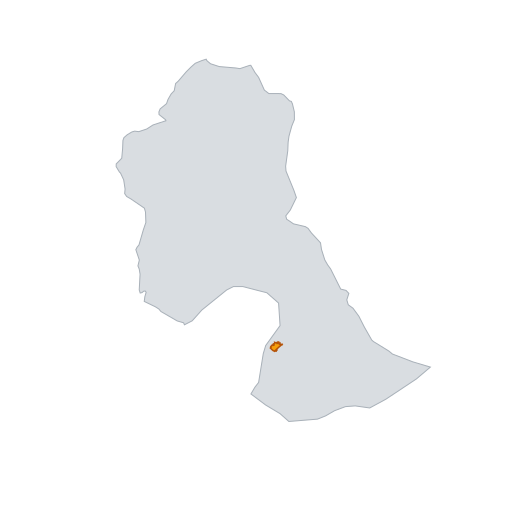 Ķūļciema pag., Talsi, Latvia (highlighted), rotated 235°
{"feature_id": "27541924B13857395207606", "entity_name": "Ķūļciema pag.", "entity_type": "district", "adm_level": 2, "iso_a3": "LVA", "parent_name": "Latvia", "parent_adm1": "Talsi", "projection": "mercator", "projection_center": [23.02, 57.24], "detail": "fine", "context": "in_parent", "style": "filled", "palette": "amber", "viewbox_px": 512, "rotation_deg": 235, "n_neighbors": 0, "source": "geoboundaries", "source_scale": "gbopen_adm2", "svg_char_len": 3762}
<svg xmlns="http://www.w3.org/2000/svg" viewBox="0 0 512 512"><g transform="rotate(235 256 256)"><path d="M362.4,373.6L359.7,373.1L352.1,370.1L345.7,365.7L341.9,359.8L335.2,351.7L330.8,347.6L324.0,342.4L312.6,331.8L308.4,329.3L288.1,324.7L280.7,322.6L274.0,310.5L271.8,303.4L268.5,302.2L264.8,303.7L260.9,305.1L251.7,313.3L248.8,314.5L243.1,314.6L229.8,316.4L223.8,313.4L213.3,310.1L207.6,309.6L202.6,309.7L180.3,306.4L176.2,310.0L172.1,310.6L168.0,305.2L163.1,303.6L157.6,305.5L147.6,305.7L135.7,304.0L120.7,302.6L118.4,303.2L101.7,310.4L97.5,311.5L79.4,323.7L65.0,335.1L63.3,316.9L64.2,280.3L66.3,262.0L76.3,251.3L81.3,242.9L84.2,231.7L85.1,221.4L87.1,212.8L101.6,188.0L113.0,185.3L128.5,178.4L145.9,172.7L149.2,180.0L150.9,185.6L171.8,205.9L177.1,212.6L185.2,235.8L204.5,247.5L219.7,243.8L226.3,238.1L238.5,227.7L243.9,220.0L245.0,212.5L242.8,180.6L239.5,166.6L240.7,157.9L242.8,158.4L248.0,154.2L265.0,146.3L268.4,146.0L272.2,144.4L282.9,138.4L286.4,141.6L289.3,145.2L290.8,145.2L291.6,143.9L291.4,141.6L292.1,139.9L295.2,140.9L307.6,150.6L312.4,152.9L315.6,153.6L319.6,158.1L330.1,161.2L331.4,163.6L332.2,166.5L342.1,178.8L346.6,185.0L355.4,190.7L359.2,192.0L374.6,186.2L378.9,184.2L382.4,184.2L386.0,187.2L394.3,191.3L401.7,192.6L403.1,192.3L409.4,192.7L411.6,194.3L413.1,202.1L420.3,208.2L427.0,213.3L428.7,215.7L429.2,220.2L428.8,225.5L427.9,228.2L425.1,231.3L422.7,239.3L422.4,246.8L418.5,259.8L419.4,260.1L427.5,257.7L429.7,259.1L431.5,261.9L432.1,270.1L434.7,273.7L437.4,279.4L438.3,283.8L443.4,289.1L443.8,292.5L446.9,304.5L448.1,311.4L448.7,316.8L447.2,323.5L445.8,328.1L444.2,327.8L439.6,329.0L432.3,334.5L421.5,347.4L418.7,350.3L415.8,360.1L415.2,361.1L408.9,360.6L407.1,360.4L400.8,360.6L387.1,358.0L381.7,359.7L374.7,369.6L372.0,371.1L363.9,372.4L362.4,373.6Z" fill="#d9dde1" stroke="#a8b0b8" stroke-width="1"/><path d="M168.4,226.9L168.1,227.0L168.3,227.0L168.3,226.9L168.5,226.9L168.7,226.7L168.8,226.7L168.7,226.7L168.6,226.4L168.8,226.3L168.8,226.2L169.0,226.2L169.1,225.9L169.0,226.0L169.0,225.9L169.1,225.7L169.1,225.8L169.1,225.7L169.3,225.6L169.4,225.4L169.4,225.5L169.5,225.5L169.6,225.4L169.6,225.5L169.7,225.4L169.8,225.3L170.0,225.3L170.3,225.3L170.4,225.2L170.5,225.3L170.5,225.2L170.6,225.3L170.8,225.3L170.7,225.2L170.8,225.2L171.0,225.2L171.3,225.0L171.4,224.9L171.5,224.9L171.7,224.7L171.8,224.7L171.7,224.7L171.8,224.7L172.0,224.6L172.1,224.4L172.2,224.5L172.2,224.4L172.3,224.4L172.2,224.4L172.3,224.5L172.3,224.4L172.4,224.2L172.4,224.3L172.4,224.2L172.5,224.1L172.5,223.9L172.6,224.0L172.6,223.9L172.6,224.0L172.7,223.9L172.8,223.9L172.7,223.8L172.8,223.8L172.8,223.7L173.0,223.5L173.0,223.4L173.1,223.2L172.9,223.0L172.9,222.9L174.5,221.8L174.3,221.7L174.2,221.7L174.0,221.4L173.9,221.0L173.9,220.9L173.6,220.6L173.5,220.4L173.6,220.2L173.8,220.2L173.9,219.9L174.0,219.8L173.9,219.7L173.9,219.8L173.7,219.9L173.3,219.9L173.2,219.8L173.1,219.7L173.0,219.4L172.9,219.2L172.7,219.0L172.7,218.9L172.7,218.7L172.7,218.8L172.8,218.9L172.8,219.0L172.9,218.9L173.1,219.0L173.3,219.1L173.5,219.1L173.6,218.9L173.6,218.7L173.7,218.4L173.7,218.1L173.8,217.9L173.7,217.7L173.5,217.4L173.4,217.3L173.4,217.2L173.5,217.0L173.5,216.9L173.4,216.9L173.4,216.7L173.3,216.4L173.2,216.3L173.3,216.2L173.2,215.9L173.0,215.7L172.5,215.7L172.4,215.7L172.4,215.3L172.3,215.0L171.3,215.2L171.1,215.2L170.9,215.2L169.7,215.5L168.5,215.8L168.4,216.0L168.2,216.1L168.0,216.3L167.8,216.3L167.7,216.5L167.2,216.6L167.2,216.8L167.2,217.0L167.5,217.7L167.5,217.8L166.9,217.6L166.7,217.7L166.6,217.8L166.8,217.9L166.8,218.0L166.9,218.4L166.9,218.7L167.1,218.6L167.2,218.8L167.2,219.2L167.8,219.1L168.3,222.9L168.5,225.2L168.5,225.3L168.6,226.3L168.5,226.5L168.5,226.8L168.4,226.8L168.4,226.9Z" fill="#f59e0b" stroke="#b45309" stroke-width="1.5"/></g></svg>